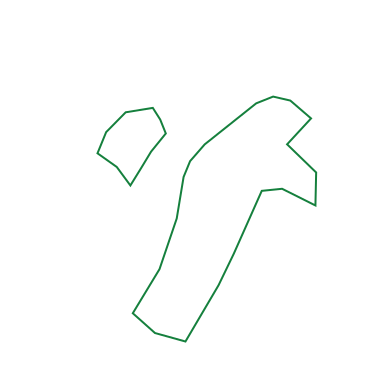 map outline of Ash Shamālīyah (Mercator projection), rotated 39°
{"feature_id": "BHR-4927", "entity_name": "Ash Shamālīyah", "entity_type": "Governorate", "adm_level": 1, "iso_a3": "BHR", "parent_name": "Bahrain", "parent_adm1": "", "projection": "mercator", "projection_center": [50.465, 26.145], "detail": "fine", "context": "isolated", "style": "outline", "palette": "green", "viewbox_px": 384, "rotation_deg": 39, "n_neighbors": 0, "source": "natural_earth", "source_scale": "10m", "svg_char_len": 551}
<svg xmlns="http://www.w3.org/2000/svg" viewBox="0 0 384 384"><g transform="rotate(39 192 192)"><path d="M222.3,323.5L215.3,272.4L196.8,222.2L176.0,185.6L171.1,169.2L171.9,147.0L186.1,82.7L195.0,66.8L210.8,59.1L211.0,59.1L212.2,59.1L238.2,59.9L235.9,95.1L276.2,98.7L296.4,124.8L260.0,132.8L245.5,147.2L263.3,213.6L271.3,247.7L281.0,312.3L252.0,324.9L222.3,323.5ZM108.6,151.3L121.7,155.7L134.8,163.0L134.8,186.4L137.4,205.3L140.0,225.7L117.8,219.9L94.2,221.4L87.6,199.5L90.3,171.8L108.6,151.3Z" fill="none" stroke="#15803d" stroke-width="2"/></g></svg>